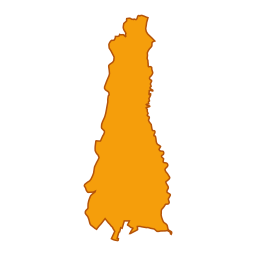 Kota Magelang, Jawa Tengah, Indonesia (Equal Earth projection)
{"feature_id": "22746128B66141272433758", "entity_name": "Kota Magelang", "entity_type": "district", "adm_level": 2, "iso_a3": "IDN", "parent_name": "Indonesia", "parent_adm1": "Jawa Tengah", "projection": "equal_earth", "projection_center": [110.222, -7.473], "detail": "fine", "context": "isolated", "style": "filled", "palette": "amber", "viewbox_px": 256, "rotation_deg": 0, "n_neighbors": 0, "source": "geoboundaries", "source_scale": "gbopen_adm2", "svg_char_len": 5812}
<svg xmlns="http://www.w3.org/2000/svg" viewBox="0 0 256 256"><path d="M141.9,15.4L141.0,15.4L139.9,15.9L139.5,15.9L138.9,15.5L138.5,15.6L138.0,15.9L137.7,16.3L137.1,18.4L136.7,19.0L136.1,19.6L135.4,19.5L134.4,19.1L134.1,19.1L134.0,19.3L133.7,19.3L133.4,19.5L132.8,19.3L131.7,19.3L130.7,18.5L129.7,18.2L128.3,18.3L126.7,18.6L126.5,20.0L126.7,20.7L126.6,21.0L124.1,23.2L123.8,23.5L123.4,25.7L123.2,27.5L123.4,28.4L123.8,29.6L124.4,30.7L125.4,32.2L125.9,33.5L125.4,34.4L125.8,36.3L125.5,36.6L124.0,35.4L123.5,34.8L123.0,34.6L121.9,34.8L121.6,34.7L120.6,34.8L119.7,34.4L119.4,35.2L119.0,36.0L118.0,36.4L115.4,36.4L115.3,37.6L115.1,38.2L114.9,39.0L114.7,39.1L114.0,40.2L113.6,40.3L112.5,40.4L111.7,40.3L111.3,40.6L110.6,41.2L110.3,41.6L109.3,43.3L108.9,44.4L108.9,44.9L109.0,46.3L109.2,48.1L110.8,50.6L113.0,54.8L114.1,57.0L113.9,59.6L113.8,60.5L113.1,61.7L112.5,62.4L109.8,64.3L108.8,65.4L108.7,66.6L109.2,70.1L109.5,73.5L109.2,75.0L108.8,76.2L106.7,81.1L104.6,86.7L104.5,88.2L105.2,89.5L105.4,89.8L108.3,91.8L108.9,92.7L109.0,93.8L109.2,94.7L109.1,95.0L108.5,95.4L108.1,96.9L107.8,99.4L107.8,102.1L106.7,108.0L106.3,110.4L105.7,113.4L105.2,115.3L104.7,116.9L104.3,117.9L102.6,121.6L101.7,124.1L101.5,126.2L101.5,127.6L101.7,128.2L103.4,130.0L104.3,130.8L104.4,131.4L104.4,132.6L104.1,133.4L103.4,134.9L102.8,135.8L101.1,139.6L100.6,140.8L100.2,141.1L99.1,141.0L98.4,141.0L96.1,140.8L95.8,141.5L95.2,146.4L95.1,148.4L95.2,150.7L96.0,152.5L97.0,154.0L98.2,155.3L98.5,156.1L98.6,156.7L99.0,157.1L99.0,157.7L98.1,159.8L97.6,160.7L96.5,162.7L96.2,163.4L94.8,166.3L94.5,167.1L93.6,173.1L92.5,176.0L91.2,178.7L90.8,179.4L89.6,180.9L87.5,182.2L85.0,184.2L84.8,184.4L84.4,185.3L84.3,185.9L84.6,186.5L85.4,187.6L86.3,190.3L87.1,191.5L87.6,192.1L88.3,192.4L90.5,192.2L93.3,192.1L95.3,191.1L95.1,191.8L94.6,192.3L92.3,194.1L90.8,195.6L90.4,196.3L89.6,198.3L88.9,200.2L88.4,202.2L88.4,202.4L88.1,203.7L88.0,206.1L88.0,207.8L87.8,208.4L87.5,208.9L86.0,210.4L85.5,211.2L85.3,211.9L85.3,213.0L85.4,213.5L86.3,214.8L87.4,216.1L88.1,217.3L88.9,219.5L89.8,223.1L90.4,224.5L90.8,225.0L95.2,228.5L96.6,229.3L96.7,229.1L97.5,228.0L99.0,226.1L101.2,223.7L105.1,218.6L108.4,222.8L109.7,224.1L111.5,226.4L111.8,226.6L112.6,227.4L113.0,228.5L114.8,231.3L111.4,238.7L113.4,239.7L115.2,240.2L117.6,240.6L118.1,240.4L118.4,238.6L117.2,238.3L117.7,236.1L118.9,232.2L119.3,232.1L119.6,231.9L120.1,230.2L120.7,227.7L122.1,228.3L124.3,220.9L129.4,220.9L128.9,222.2L127.5,224.9L127.9,225.3L129.3,226.1L130.6,227.3L132.9,228.2L132.2,229.4L131.4,230.6L129.8,233.6L130.2,233.6L135.6,230.8L137.4,229.8L137.6,229.6L137.5,228.1L137.3,226.5L138.7,226.4L140.0,226.4L141.7,226.8L146.4,227.6L147.7,227.5L148.7,227.7L150.6,228.3L153.8,228.9L154.5,229.2L156.4,230.9L157.1,231.4L157.7,231.4L158.8,231.4L160.6,231.0L164.7,230.9L166.1,230.8L167.2,230.4L167.9,230.9L169.6,231.7L169.9,232.0L170.2,232.6L170.5,233.4L170.5,233.8L171.2,234.3L171.6,233.4L171.7,232.5L171.6,232.0L171.2,231.6L169.2,230.4L168.8,230.2L168.5,229.9L168.2,229.4L167.9,228.7L167.3,225.8L166.8,224.8L166.4,224.3L165.4,223.5L164.3,222.8L163.6,222.1L163.1,221.3L162.3,219.3L161.6,217.3L161.4,216.3L161.1,214.7L161.3,212.9L161.2,211.9L161.4,210.3L161.6,209.5L163.3,207.6L164.6,205.8L165.3,204.6L165.8,204.2L167.4,204.1L168.0,204.0L168.7,203.6L169.1,202.8L169.2,202.1L168.8,200.9L168.3,199.3L168.4,198.9L168.5,198.6L169.0,197.6L169.2,197.4L170.2,195.5L170.3,194.8L170.0,194.2L167.7,192.8L167.5,192.6L167.2,192.4L166.9,191.6L167.0,190.6L167.3,190.0L167.4,189.9L168.3,188.1L168.3,187.5L168.1,186.5L166.5,183.9L166.3,183.3L165.8,182.3L165.8,181.9L166.1,181.4L167.4,180.6L169.3,178.8L169.6,178.2L169.7,177.3L168.5,175.4L167.4,173.6L165.9,171.9L165.1,170.2L165.0,169.4L165.4,168.6L166.1,167.8L166.6,167.4L167.5,166.3L167.8,165.6L167.8,165.0L167.6,164.2L167.1,163.5L166.3,163.0L164.0,162.6L163.4,162.1L163.2,162.0L163.1,161.4L163.6,159.0L163.6,158.7L161.7,157.0L161.5,156.2L161.8,155.5L163.4,154.4L163.7,153.5L163.7,152.4L163.3,151.5L162.4,151.2L161.0,151.1L160.0,150.8L159.1,149.7L159.0,149.3L160.6,146.6L160.5,146.3L159.3,145.4L157.6,144.4L156.7,143.2L156.2,141.4L155.9,138.6L155.5,136.6L155.2,136.1L154.5,135.9L154.2,135.9L153.9,135.5L154.0,134.9L154.2,134.1L154.7,133.2L155.0,132.0L154.9,131.4L154.7,131.0L154.2,130.7L153.4,130.6L152.8,130.6L152.4,130.3L152.2,129.8L151.9,128.8L151.2,124.5L149.1,121.7L148.6,120.5L148.5,120.3L148.6,119.9L149.0,118.8L149.3,117.9L149.3,117.3L149.1,116.9L148.7,116.4L147.6,115.9L147.3,115.5L147.2,115.1L147.4,114.7L148.1,113.4L147.5,112.2L147.3,111.4L147.2,111.2L147.3,109.4L146.5,108.4L146.1,107.8L146.2,107.6L146.5,107.4L147.3,107.3L149.0,106.8L149.6,106.5L149.8,106.2L149.6,106.0L149.3,105.8L148.3,105.7L147.5,105.4L146.4,104.8L146.2,104.5L146.4,104.3L146.9,104.1L148.8,103.9L148.8,103.6L148.5,103.0L148.4,102.3L148.4,101.9L148.6,101.6L148.8,101.6L149.5,100.9L149.1,99.4L148.9,98.4L149.1,98.3L150.5,95.5L150.7,94.2L150.6,93.7L150.4,93.7L150.1,93.7L149.6,94.7L149.3,94.7L149.2,94.6L149.0,94.3L149.0,93.6L149.3,90.5L149.5,90.4L150.0,90.4L150.7,90.5L151.3,90.7L152.7,91.0L152.8,90.7L152.8,90.3L152.6,90.1L150.6,88.9L150.1,88.2L150.0,87.9L150.2,87.2L151.1,86.5L151.1,86.1L150.4,84.1L150.5,83.5L151.0,82.4L151.6,81.3L151.6,80.8L151.5,80.3L151.2,80.1L150.6,79.9L150.3,79.7L149.8,79.1L149.5,78.5L149.5,78.0L149.8,77.4L150.0,76.9L150.4,76.5L150.9,76.1L151.3,75.7L152.5,73.7L152.7,73.0L152.7,72.3L151.8,69.5L151.7,67.5L151.6,67.3L151.1,66.9L150.3,66.6L148.6,66.7L148.4,66.5L148.2,65.6L148.1,62.8L147.9,62.4L147.9,61.7L148.0,61.0L147.1,58.4L147.5,55.4L147.3,52.9L147.8,51.6L148.0,51.3L148.2,50.8L149.2,49.2L151.3,46.8L151.8,46.0L151.9,45.3L152.0,42.7L152.4,42.2L153.0,41.7L154.8,41.0L152.0,38.1L147.9,34.2L146.5,32.0L146.2,31.3L145.8,29.3L145.7,28.5L146.3,25.1L146.6,22.6L148.0,17.7L145.9,17.0L144.5,16.3L141.9,15.4Z" fill="#f59e0b" stroke="#b45309" stroke-width="1.5"/></svg>